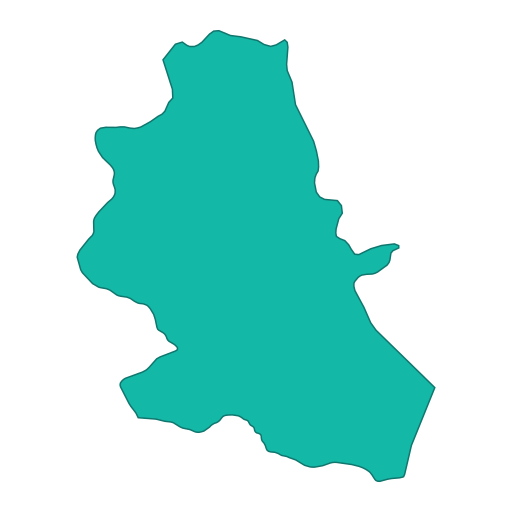 the border of Nong Bua Lam Phu
{"feature_id": "THA-449", "entity_name": "Nong Bua Lam Phu", "entity_type": "Province", "adm_level": 1, "iso_a3": "THA", "parent_name": "Thailand", "parent_adm1": "", "projection": "albers", "projection_center": [102.251, 17.201], "detail": "fine", "context": "isolated", "style": "filled", "palette": "teal", "viewbox_px": 512, "rotation_deg": 0, "n_neighbors": 0, "source": "natural_earth", "source_scale": "10m", "svg_char_len": 3369}
<svg xmlns="http://www.w3.org/2000/svg" viewBox="0 0 512 512"><path d="M434.8,387.6L411.4,445.4L404.7,474.1L403.6,476.7L402.6,477.1L399.6,477.8L391.7,478.5L387.6,479.2L379.9,481.3L377.6,481.2L375.8,480.4L374.7,479.1L372.1,475.0L370.1,472.4L368.8,471.3L365.8,469.3L362.6,467.7L359.2,466.4L351.7,464.5L336.7,462.4L334.6,462.3L332.5,462.5L330.6,462.9L322.6,465.7L314.7,467.1L312.1,467.1L310.1,466.9L304.6,465.3L295.7,459.9L288.7,457.4L288.1,457.1L287.6,456.8L286.4,456.4L281.6,455.4L279.4,454.2L278.7,453.7L275.0,452.3L270.7,451.9L268.5,451.3L267.1,450.2L266.4,448.9L265.4,445.8L264.7,444.3L264.0,443.1L262.1,440.8L261.6,439.4L261.3,437.8L261.3,436.3L260.8,434.9L259.8,433.9L258.3,433.3L256.7,432.9L255.5,432.0L254.7,430.7L254.4,429.1L254.0,427.6L253.0,426.6L250.5,425.1L249.6,423.9L248.2,421.2L247.0,420.3L244.0,419.3L241.0,417.1L238.4,415.8L232.5,414.9L228.5,415.0L225.7,415.3L223.9,415.9L222.7,416.7L221.7,417.8L219.9,420.2L218.6,421.4L216.8,422.5L214.0,423.5L212.2,424.6L210.9,425.6L209.5,427.1L204.0,431.0L201.4,431.8L199.0,432.3L197.0,432.2L195.3,431.9L190.5,429.8L189.2,429.4L182.8,428.1L179.9,426.8L173.5,422.8L172.1,422.3L170.4,421.9L164.9,421.3L156.0,419.1L138.2,417.7L136.1,413.3L135.2,412.0L130.9,406.4L129.1,403.6L120.5,386.8L120.1,385.0L120.4,383.0L122.2,380.6L123.9,379.2L125.6,378.2L142.4,372.1L145.6,370.4L146.9,369.5L149.3,367.2L156.6,358.9L160.1,356.9L175.2,351.1L176.7,350.3L177.5,349.2L177.4,347.5L175.5,345.4L173.8,344.1L169.0,341.3L167.9,340.2L167.0,338.7L166.4,336.9L165.6,335.3L164.6,334.0L163.4,332.9L158.9,330.3L157.7,329.2L156.9,327.1L155.3,319.4L153.7,314.4L150.2,308.6L148.1,306.2L146.7,305.1L143.2,303.8L139.4,303.4L137.6,302.9L134.5,301.3L130.3,298.4L126.8,297.1L120.5,296.2L118.5,295.7L116.8,295.0L109.9,290.1L106.5,288.7L100.3,287.6L98.6,287.1L92.6,283.6L82.4,272.7L80.7,269.7L77.2,257.1L77.9,254.0L79.9,250.1L88.6,239.2L90.9,236.8L92.1,235.7L93.1,234.0L93.9,231.7L93.6,221.8L93.9,219.9L94.5,218.0L96.2,215.3L98.8,211.9L107.7,202.5L111.7,199.1L113.2,197.3L114.3,195.4L115.1,193.2L115.2,189.8L114.6,187.6L113.3,183.9L113.0,182.2L113.0,180.2L114.3,174.7L114.4,172.6L114.0,170.8L113.4,169.2L112.5,167.7L110.4,165.1L103.0,158.0L102.1,156.9L98.5,151.4L97.1,148.1L96.1,144.6L95.3,140.6L95.2,138.6L95.3,136.5L95.5,134.6L96.1,132.5L97.6,130.3L100.4,128.2L105.7,127.3L116.1,127.4L120.2,126.9L124.4,126.9L130.1,128.1L134.4,128.5L137.3,128.0L140.6,127.1L150.4,121.7L158.1,116.3L161.9,114.3L164.9,111.2L168.8,102.4L172.8,98.0L172.4,89.2L163.0,59.8L175.4,44.2L182.3,42.1L186.8,45.3L189.5,46.5L194.5,46.5L198.2,44.9L202.0,42.2L209.5,34.1L213.7,31.1L218.9,30.7L230.4,35.5L240.8,36.8L257.5,40.5L264.0,44.5L270.7,46.4L276.2,44.9L284.7,39.9L287.2,42.3L287.9,47.2L286.6,64.3L287.2,70.6L292.0,82.1L295.5,104.7L313.6,141.2L316.4,151.0L318.4,161.0L318.6,166.9L318.1,171.0L316.3,174.0L314.9,177.8L314.5,182.9L316.3,192.1L319.7,196.9L324.5,199.4L337.4,200.6L341.4,205.6L342.3,213.2L338.8,218.7L336.1,228.9L335.8,233.0L336.4,236.4L339.9,238.7L344.8,240.6L348.7,244.8L351.2,249.2L354.7,254.2L358.8,254.6L370.7,248.8L381.6,245.5L394.4,243.9L398.7,245.6L398.8,247.9L392.9,250.7L390.9,253.2L389.9,260.0L389.1,262.3L387.2,265.0L377.6,272.0L374.9,273.3L372.3,274.0L366.4,274.3L361.8,275.1L359.8,276.1L358.0,277.5L354.8,281.4L353.9,283.3L353.9,286.4L354.9,290.6L364.0,307.5L370.7,322.8L376.0,330.2L434.8,387.6Z" fill="#14b8a6" stroke="#0f766e" stroke-width="1.5"/></svg>